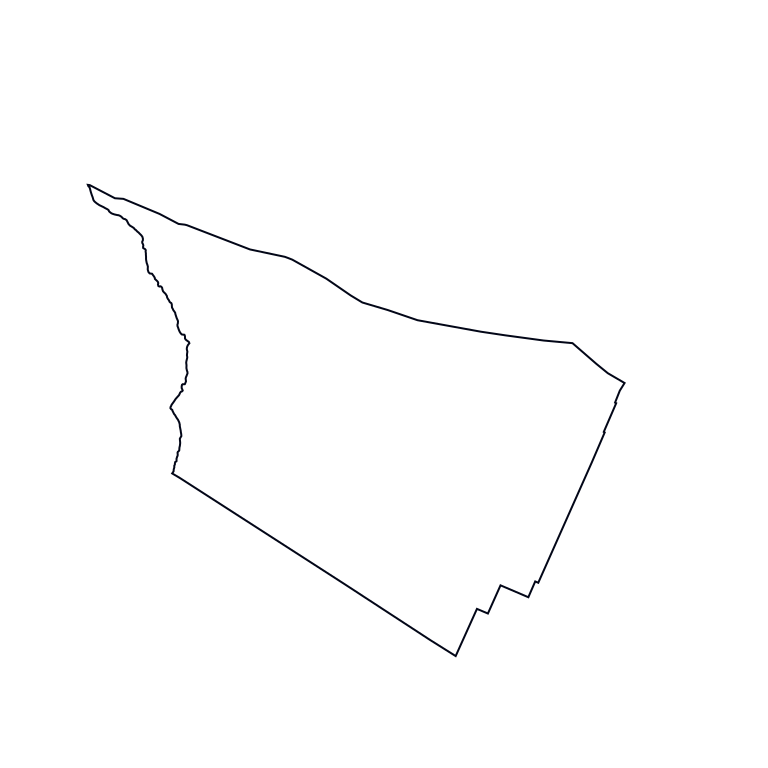 outline of José C. Paz, Buenos Aires, Argentina, rotated 342°
{"feature_id": "61730980B63252687279730", "entity_name": "José C. Paz", "entity_type": "district", "adm_level": 2, "iso_a3": "ARG", "parent_name": "Argentina", "parent_adm1": "Buenos Aires", "projection": "robinson", "projection_center": [-58.809, -34.505], "detail": "fine", "context": "isolated", "style": "outline", "palette": "ink", "viewbox_px": 768, "rotation_deg": 342, "n_neighbors": 0, "source": "geoboundaries", "source_scale": "gbopen_adm2", "svg_char_len": 3418}
<svg xmlns="http://www.w3.org/2000/svg" viewBox="0 0 768 768"><g transform="rotate(342 384 384)"><path d="M329.0,232.4L298.1,214.6L245.7,172.1L243.8,170.9L238.1,168.3L223.1,152.9L193.4,127.4L185.5,124.2L165.6,103.9L163.9,103.1L164.0,104.6L164.7,105.9L164.7,107.7L164.6,109.0L164.5,111.0L164.5,114.4L164.6,115.6L164.6,117.5L164.5,119.1L164.9,120.6L165.5,121.7L166.2,122.8L166.8,123.7L167.7,124.8L168.6,126.0L169.5,126.8L170.4,127.7L171.9,129.1L173.1,130.5L174.0,131.4L175.0,132.4L175.8,133.6L175.9,134.9L176.4,135.8L177.5,137.4L178.4,138.2L180.0,139.4L181.5,140.3L182.7,141.0L183.6,141.4L184.6,142.2L185.5,143.2L186.2,144.3L186.8,145.7L187.8,146.7L188.7,147.2L189.8,148.6L190.1,150.4L190.5,153.0L191.5,155.1L192.2,155.8L193.3,157.1L194.3,158.4L194.8,159.9L195.5,160.7L196.5,162.8L197.4,164.1L198.1,165.6L199.1,167.5L199.7,169.3L199.6,171.4L199.1,172.8L198.0,174.0L197.7,175.1L198.0,176.7L197.9,177.9L197.2,179.2L197.0,180.3L198.5,182.0L198.8,183.1L198.2,184.4L197.9,186.2L197.5,187.4L197.0,189.5L196.4,191.3L196.1,192.5L195.7,195.7L195.8,197.2L195.7,199.4L194.7,202.0L194.6,203.2L194.6,204.8L195.3,206.4L196.5,207.0L197.5,207.5L198.0,209.2L198.4,210.3L198.8,212.0L198.6,213.3L200.1,216.0L200.5,217.0L200.5,218.3L199.8,219.4L199.7,221.1L200.5,221.9L201.6,222.0L202.3,222.7L202.7,224.0L202.5,225.3L202.5,227.4L203.0,228.7L204.1,230.7L204.4,232.0L204.7,233.0L204.5,234.7L204.8,236.4L205.3,237.8L205.5,239.6L206.0,240.5L206.7,241.3L206.8,242.6L206.4,244.1L206.0,245.8L206.3,247.1L206.5,248.9L207.0,250.2L207.4,251.8L207.2,253.0L207.2,254.7L207.2,256.2L207.2,257.4L207.4,258.9L207.5,260.6L206.7,262.6L205.9,263.7L205.5,265.1L205.6,266.6L205.6,268.7L205.7,269.8L205.8,271.1L206.3,273.0L207.0,274.4L208.5,275.1L209.4,275.5L209.5,276.9L209.2,278.0L208.8,279.2L209.1,280.4L209.7,281.4L210.3,282.2L211.4,283.7L211.5,285.1L210.4,285.8L209.4,286.5L208.4,287.6L207.7,288.7L207.2,289.9L207.1,291.3L207.0,292.5L206.5,293.5L205.9,294.7L205.4,296.0L205.3,297.1L205.0,298.2L203.2,301.1L202.5,302.5L202.2,303.9L202.0,305.0L201.4,306.7L201.0,307.8L200.7,310.5L200.8,311.7L200.4,313.2L199.3,314.5L198.7,315.3L197.7,316.4L197.0,317.6L196.5,320.3L195.5,321.5L194.5,322.6L193.5,322.4L192.6,322.0L191.7,322.3L191.0,323.4L190.6,324.4L190.3,325.6L190.5,326.7L190.5,328.1L189.6,328.6L188.5,328.6L187.4,329.3L186.6,330.2L185.7,331.2L184.7,331.8L183.8,332.3L181.1,333.9L179.9,334.9L178.9,335.7L177.4,336.8L176.4,337.5L175.4,338.3L174.7,339.2L173.9,339.9L173.4,341.0L173.8,342.2L174.6,343.1L174.6,344.4L175.1,347.7L175.7,349.1L176.0,350.8L176.5,352.8L177.0,354.2L177.4,357.3L177.3,358.4L177.2,359.7L176.8,360.8L176.6,362.3L176.2,365.7L175.9,367.1L175.7,368.8L175.2,370.9L173.6,372.3L172.9,373.0L172.6,374.2L172.2,376.1L171.9,377.2L171.1,379.0L170.6,380.0L170.0,380.9L169.5,382.0L168.8,383.8L167.9,384.5L167.0,384.8L166.4,385.6L166.0,387.4L165.5,388.5L164.8,389.2L163.5,391.1L163.2,392.3L162.7,393.4L161.3,393.7L160.6,394.9L160.2,396.0L159.3,396.9L158.8,398.5L157.7,400.1L157.3,401.0L156.9,402.0L156.2,402.6L154.9,403.6L160.8,410.3L284.7,562.2L348.9,641.9L368.1,664.9L402.9,626.6L411.9,634.4L432.6,611.5L455.4,631.4L466.8,618.5L469.3,620.7L557.3,522.9L578.9,498.3L578.2,497.5L598.9,474.0L598.0,473.1L606.2,463.2L613.1,457.4L600.2,442.9L592.2,430.5L575.9,403.4L549.3,392.0L514.4,375.2L492.3,364.2L435.6,333.7L410.4,314.8L388.6,299.8L379.7,289.5L361.7,266.0L335.2,237.4L331.8,234.6L329.0,232.4Z" fill="none" stroke="#020617" stroke-width="2"/></g></svg>